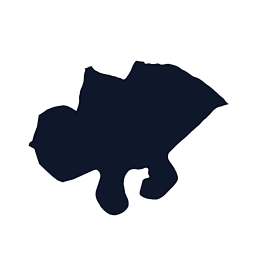 Al Abdiyah, Ma'rib, Yemen (Natural Earth projection), rotated 44°
{"feature_id": "15242507B67185133145675", "entity_name": "Al Abdiyah", "entity_type": "district", "adm_level": 2, "iso_a3": "YEM", "parent_name": "Yemen", "parent_adm1": "Ma'rib", "projection": "natural_earth1", "projection_center": [45.391, 14.717], "detail": "fine", "context": "isolated", "style": "filled", "palette": "ink", "viewbox_px": 256, "rotation_deg": 44, "n_neighbors": 0, "source": "geoboundaries", "source_scale": "gbopen_adm2", "svg_char_len": 5724}
<svg xmlns="http://www.w3.org/2000/svg" viewBox="0 0 256 256"><g transform="rotate(44 128 128)"><path d="M164.5,203.0L165.3,203.1L166.5,203.2L167.9,203.2L169.3,203.1L170.8,203.0L172.2,202.7L173.7,202.4L174.9,202.1L175.9,201.3L177.4,200.5L179.0,198.9L179.7,197.8L180.8,195.9L182.0,193.2L182.3,191.8L182.6,190.3L182.6,188.9L182.6,187.2L182.5,186.3L182.4,185.8L182.0,184.5L181.3,183.4L180.4,182.5L179.5,181.6L178.6,180.9L177.5,180.1L176.2,179.6L175.1,179.2L174.0,178.7L173.4,178.5L172.4,178.0L171.5,177.7L170.3,177.1L169.2,176.2L168.2,175.4L167.1,174.6L166.0,173.8L164.9,173.1L163.8,172.3L162.8,171.3L161.8,170.1L160.9,168.9L160.0,167.8L159.3,166.4L158.7,165.1L158.2,163.7L157.9,162.3L157.7,160.9L157.5,159.4L157.5,157.8L158.0,156.4L158.6,155.0L159.5,153.7L160.2,153.1L161.0,152.0L162.2,151.2L163.3,150.6L164.2,149.6L165.1,148.5L165.9,147.3L166.6,146.1L167.0,144.8L167.9,143.6L168.7,143.0L170.0,142.5L171.3,142.7L172.4,143.4L173.2,144.6L174.0,145.7L175.1,146.5L176.4,146.9L177.7,147.6L178.4,148.8L177.8,150.1L177.1,151.3L176.3,152.4L175.7,153.6L175.7,155.3L176.3,156.5L177.1,157.8L178.0,159.2L178.7,160.7L179.5,162.1L180.3,163.4L181.0,164.8L181.8,166.0L182.9,166.9L184.0,167.0L184.3,167.0L185.5,166.8L186.7,166.5L187.9,166.0L189.3,165.5L190.5,164.8L191.7,164.0L192.9,163.1L194.0,162.3L194.6,161.9L195.2,161.4L196.3,160.4L196.9,159.8L197.4,159.4L198.2,158.2L198.8,156.9L199.3,155.3L199.7,154.0L200.0,152.3L200.2,150.6L200.2,149.0L200.2,147.6L200.2,146.1L200.2,145.5L200.2,144.4L200.2,144.1L200.2,143.0L200.2,141.3L200.3,139.6L200.3,138.1L200.1,136.2L200.0,134.8L199.8,133.3L199.4,131.8L198.7,130.5L198.2,129.9L197.8,129.4L196.7,128.6L195.5,128.0L194.2,127.4L193.0,126.7L191.7,126.4L190.3,125.9L189.1,125.5L187.8,125.1L186.4,124.9L185.2,124.6L183.7,124.3L182.4,124.1L181.1,123.8L179.9,123.5L178.4,123.1L177.3,122.4L176.2,121.5L175.3,120.3L174.6,119.2L174.4,119.0L174.0,117.6L174.0,116.2L174.0,114.6L174.0,112.9L174.0,111.3L174.1,109.8L174.1,108.2L174.1,106.8L174.2,105.2L174.3,103.5L174.3,103.3L174.5,101.7L174.5,100.3L174.7,98.8L174.9,97.2L175.0,95.7L175.2,93.9L175.3,92.4L175.3,91.0L175.4,89.0L175.4,87.5L175.5,85.8L175.7,84.2L175.8,82.6L175.9,80.6L176.1,78.6L176.3,77.0L176.3,75.1L176.3,73.2L176.2,71.4L176.2,69.8L176.3,68.3L176.6,66.7L176.6,65.0L176.6,63.5L176.7,62.0L176.7,60.4L176.6,59.0L176.5,57.6L176.5,56.1L176.6,54.6L176.8,53.2L177.0,51.8L177.5,50.4L178.2,49.2L178.9,48.1L179.7,46.8L180.4,45.2L181.1,44.0L181.8,42.8L182.4,41.8L182.0,41.9L180.8,41.8L179.5,41.8L178.3,41.5L177.0,41.2L175.6,41.2L174.2,41.4L172.7,41.5L171.4,41.6L170.2,41.6L168.8,41.6L167.5,41.6L166.0,41.7L164.5,41.8L163.4,41.8L163.1,41.8L162.8,41.8L161.8,41.9L160.6,41.9L159.1,42.1L157.7,42.2L156.2,42.5L154.9,42.7L153.4,42.9L151.9,43.0L150.5,43.1L149.3,43.2L148.1,43.3L146.8,43.6L145.5,43.8L144.2,44.2L142.8,44.7L141.6,45.3L140.4,45.9L139.3,46.4L138.4,46.5L138.1,46.6L136.8,46.8L135.5,47.0L134.2,47.2L132.9,47.3L131.6,47.6L130.3,47.9L129.0,48.2L127.7,48.7L126.5,49.1L125.2,49.3L123.9,49.4L122.7,49.6L121.3,50.0L120.1,50.4L118.8,51.0L117.6,51.6L116.5,52.2L115.2,52.9L114.1,53.6L112.9,54.4L112.0,55.4L111.2,56.5L110.4,57.6L109.6,58.7L108.6,59.7L107.5,60.4L106.3,60.8L105.1,61.4L104.3,62.5L104.1,62.7L103.5,63.7L102.6,64.7L101.5,65.8L100.3,66.6L99.1,67.1L98.1,68.1L97.3,69.4L96.2,70.4L95.0,70.6L93.7,70.2L92.6,70.8L92.1,71.3L91.6,71.8L90.6,72.5L89.2,73.4L88.1,74.1L87.8,75.5L88.1,76.9L88.5,78.3L88.9,79.9L89.5,81.3L90.0,82.6L90.6,83.9L91.0,85.2L91.4,86.7L91.8,88.2L92.0,89.6L92.2,91.0L92.6,92.4L92.6,93.9L92.5,95.4L91.7,96.7L90.6,97.4L89.4,97.7L88.1,98.0L87.0,98.9L85.9,99.4L84.6,99.9L83.4,100.4L82.4,101.1L81.3,101.9L80.1,102.4L78.8,103.1L77.5,103.7L76.4,104.6L75.3,105.3L74.1,106.0L72.9,106.8L71.7,107.4L70.4,108.1L69.3,108.6L68.0,109.0L66.7,109.3L65.5,109.8L64.2,110.1L62.9,110.2L61.6,110.1L60.4,109.9L59.2,109.6L58.4,110.7L58.0,112.0L57.5,113.3L56.8,114.5L56.6,115.0L57.8,115.6L58.4,116.8L59.0,118.2L59.8,119.5L60.7,120.6L61.7,121.8L62.6,122.8L63.4,123.8L64.4,125.1L65.1,126.3L65.8,127.8L66.5,129.2L67.0,130.5L67.5,132.0L68.1,133.3L68.7,134.6L69.6,135.8L70.5,136.8L71.1,138.3L72.0,139.3L73.0,140.4L74.0,141.4L75.0,142.3L75.8,143.5L76.7,144.9L77.4,146.1L78.1,147.5L78.7,148.8L79.4,150.2L80.1,152.3L74.8,153.3L73.4,153.7L72.0,154.1L70.8,154.5L69.4,155.0L67.9,155.9L67.7,156.0L67.3,156.3L66.9,156.6L66.6,156.8L66.3,157.1L66.1,157.2L66.0,157.5L65.8,157.6L65.6,157.9L65.4,158.1L65.3,158.3L65.2,158.6L65.0,158.8L64.8,159.0L64.6,159.3L64.3,159.7L63.9,160.1L63.7,160.5L63.3,161.0L63.1,161.2L62.9,161.5L62.6,162.0L62.4,162.2L62.3,162.3L62.2,162.6L61.9,162.9L61.6,163.4L61.5,163.6L61.3,163.8L61.1,164.1L60.8,164.6L60.7,164.9L60.6,165.1L60.4,165.5L60.2,165.9L60.0,166.2L59.8,166.5L59.6,166.9L59.5,167.3L59.3,167.6L59.1,168.0L59.0,168.3L58.9,168.7L58.8,169.0L58.7,169.3L58.5,169.5L58.3,169.8L58.2,170.0L58.0,170.4L57.9,170.7L57.8,171.0L57.6,171.6L57.5,172.1L57.5,172.4L57.4,172.8L57.3,173.2L57.3,173.5L57.2,174.1L57.0,174.7L56.9,175.2L56.9,175.5L56.8,176.0L56.7,176.5L56.6,176.9L56.5,177.3L56.4,177.7L56.3,178.3L56.2,178.7L56.1,179.1L56.0,179.5L55.9,180.0L55.8,180.5L55.7,180.6L62.4,190.1L62.5,190.6L63.1,191.9L63.7,193.3L64.3,194.6L64.8,195.9L65.4,197.2L66.0,198.5L66.8,199.9L67.5,201.2L68.2,202.3L68.8,203.7L68.3,206.0L68.3,206.9L68.3,207.4L69.2,208.9L69.9,208.7L74.6,207.4L75.2,207.2L84.6,212.4L86.0,213.1L89.1,214.8L89.3,214.8L91.1,214.8L98.5,214.8L99.3,214.8L108.0,214.5L111.3,214.1L113.7,213.8L118.3,211.8L118.8,210.7L123.7,202.5L131.8,182.2L133.0,180.1L133.7,179.4L134.5,178.9L136.0,178.8L137.5,178.8L138.7,179.0L141.1,180.3L142.4,181.6L144.0,184.3L146.5,189.5L149.4,195.4L151.0,197.5L152.5,198.8L152.8,199.1L155.5,200.6L158.9,201.7L160.2,201.9L161.4,202.3L162.6,202.7L163.9,203.0L164.5,203.0Z" fill="#0f172a" stroke="#020617" stroke-width="1.5"/></g></svg>